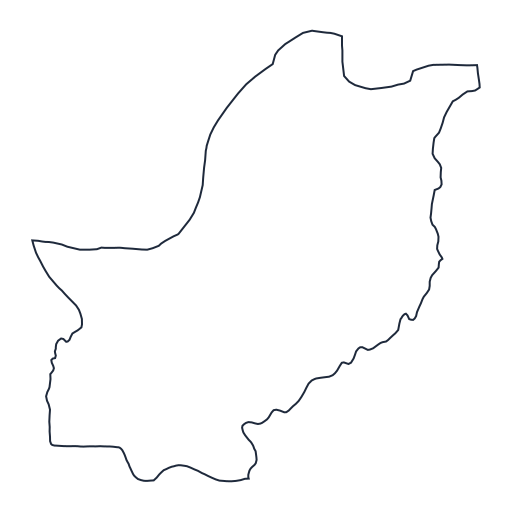 Srei Santhor, Kâmpóng Cham, Cambodia
{"feature_id": "14789045B31299536957784", "entity_name": "Srei Santhor", "entity_type": "district", "adm_level": 2, "iso_a3": "KHM", "parent_name": "Cambodia", "parent_adm1": "Kâmpóng Cham", "projection": "natural_earth1", "projection_center": [105.161, 11.842], "detail": "fine", "context": "isolated", "style": "outline", "palette": "slate", "viewbox_px": 512, "rotation_deg": 0, "n_neighbors": 0, "source": "geoboundaries", "source_scale": "gbopen_adm2", "svg_char_len": 4688}
<svg xmlns="http://www.w3.org/2000/svg" viewBox="0 0 512 512"><path d="M32.3,240.4L33.6,245.4L36.0,252.7L38.2,257.3L40.2,260.9L43.1,266.6L45.5,270.8L49.2,276.8L56.6,285.5L59.2,288.2L61.8,290.5L64.9,294.0L68.3,297.6L70.3,299.6L76.1,305.5L78.9,309.8L80.4,313.7L81.9,319.0L82.0,324.4L81.4,327.4L77.6,330.4L75.0,331.9L72.4,333.5L70.7,336.8L69.5,339.8L67.7,341.5L66.2,341.8L63.4,339.0L61.1,338.5L58.1,340.7L56.2,344.1L55.8,347.1L55.8,348.7L54.9,351.3L55.1,352.9L55.4,354.1L55.8,355.6L55.1,358.1L52.7,358.6L51.3,360.1L51.8,362.8L53.2,365.8L53.9,368.2L53.2,370.5L51.2,373.1L50.3,374.1L50.5,379.1L49.5,387.2L48.9,388.9L47.3,392.1L46.1,396.3L47.0,400.7L48.7,404.4L50.0,409.7L49.6,415.2L49.3,421.7L49.7,427.0L49.6,431.5L50.0,436.7L50.1,441.2L51.1,444.0L52.3,445.0L54.7,445.6L55.9,445.6L58.9,445.8L63.4,446.1L67.2,446.2L70.8,446.2L73.6,446.1L77.5,446.2L80.5,446.5L83.6,446.6L87.4,446.4L91.4,446.3L95.7,446.4L100.1,446.2L104.2,446.4L110.1,446.5L113.0,446.7L117.0,447.2L118.6,447.3L119.7,447.7L121.1,448.8L122.3,450.2L123.8,453.0L124.7,455.0L125.6,457.4L126.5,460.0L127.6,462.1L128.6,463.8L129.1,465.3L129.6,466.7L130.3,468.1L131.2,470.1L132.1,472.0L133.0,473.9L134.0,475.5L135.6,477.1L137.9,479.0L141.0,480.1L144.0,480.8L147.0,480.9L150.3,480.6L153.7,480.4L156.7,477.6L159.3,474.4L161.2,472.5L163.7,470.2L166.5,469.0L168.9,467.8L171.8,466.7L173.8,466.3L176.1,465.6L178.6,465.2L181.0,465.3L184.5,465.8L186.9,466.2L190.5,467.6L194.4,469.4L197.9,470.8L202.0,473.1L204.6,474.2L207.9,475.9L212.0,477.8L215.7,479.4L217.9,480.1L219.4,480.6L223.3,480.9L226.7,481.2L231.2,481.3L236.0,480.9L240.7,480.1L244.9,478.8L248.7,478.6L248.3,477.2L248.3,474.8L248.9,472.5L249.5,470.5L250.6,468.6L252.2,466.9L254.5,464.9L255.7,463.3L256.6,459.9L256.4,457.2L256.0,454.1L255.6,451.2L254.2,448.7L253.5,446.6L253.0,445.4L251.9,443.6L251.3,442.6L250.5,441.6L248.7,439.8L247.2,437.9L245.1,435.2L243.4,432.5L242.7,430.3L242.1,427.7L242.5,425.7L244.2,424.1L246.0,422.9L248.4,422.1L251.7,422.4L255.1,423.4L257.9,424.0L260.3,423.6L262.0,422.9L264.4,421.3L267.0,419.4L268.7,417.4L271.6,412.5L273.6,410.2L276.3,409.7L280.0,410.6L284.3,412.3L286.3,412.2L288.8,410.5L290.6,408.6L293.0,406.2L295.9,403.8L298.7,400.9L301.3,397.1L304.3,392.0L306.4,387.7L308.6,383.6L311.7,380.5L314.5,379.1L316.1,378.5L320.4,377.8L325.0,377.2L329.1,376.7L332.7,375.2L334.9,373.3L337.1,370.6L339.8,365.9L341.8,362.8L343.8,362.4L348.4,364.0L351.0,362.7L353.6,358.5L354.9,355.0L356.1,351.4L358.4,348.5L360.1,347.3L362.3,347.2L365.0,348.5L367.8,349.9L369.8,349.6L373.1,348.3L378.4,344.4L380.5,343.0L381.7,342.5L382.9,342.1L384.6,341.8L386.1,341.5L388.2,339.9L390.0,338.1L392.9,335.4L395.3,333.3L398.2,330.0L399.4,323.5L400.5,319.2L401.5,317.9L402.1,316.8L402.9,315.7L404.5,314.2L405.9,313.7L407.5,315.4L409.2,319.1L411.0,319.7L413.1,319.9L414.7,318.5L416.1,316.1L417.0,312.1L419.4,306.5L420.9,303.3L422.5,299.2L423.8,296.7L426.8,293.0L429.1,289.5L429.7,285.9L429.7,281.7L430.7,277.8L432.2,275.1L435.9,271.0L438.6,267.6L438.9,263.8L439.2,261.7L440.6,260.2L442.4,258.9L441.8,257.4L439.7,254.5L437.8,250.6L437.1,248.9L437.3,245.3L438.3,241.5L438.5,236.8L437.8,233.8L436.0,229.2L434.8,226.9L432.5,224.7L431.2,221.1L430.5,217.6L431.0,214.0L431.5,208.8L431.9,204.0L433.7,195.3L434.7,190.0L438.5,188.5L440.3,187.1L441.6,184.4L441.4,180.7L440.6,177.4L440.8,172.1L441.2,167.9L439.8,164.3L437.9,161.9L434.7,158.3L432.6,153.8L432.9,148.7L433.6,142.5L434.3,138.1L435.4,136.7L439.0,132.7L440.7,128.5L442.6,122.9L444.1,117.3L446.7,111.9L452.8,101.3L455.7,99.8L458.8,97.8L462.7,94.5L467.4,91.4L471.9,91.1L475.1,90.5L477.3,89.1L479.7,87.5L479.5,84.0L479.0,80.4L477.9,73.1L477.4,67.8L477.0,65.1L474.8,65.2L470.4,65.3L465.6,65.3L459.7,65.1L449.2,64.6L443.6,64.7L437.3,64.8L433.1,64.9L428.6,65.7L416.6,69.6L413.1,71.1L410.2,80.7L404.0,83.6L398.1,84.6L391.5,86.6L381.4,88.0L370.9,89.2L365.5,88.2L355.1,85.1L349.1,81.6L344.1,76.0L342.4,61.7L342.4,50.5L342.0,45.6L342.0,36.3L334.3,33.7L330.3,32.9L326.9,32.7L322.7,32.2L313.2,30.9L312.1,30.7L303.0,32.9L295.5,37.5L285.2,44.1L278.2,50.4L275.2,54.8L272.7,64.1L266.4,68.4L265.4,69.1L255.2,76.6L246.2,84.3L238.3,93.2L236.3,95.7L226.8,107.8L218.0,120.4L213.8,127.3L210.3,134.5L208.0,141.6L206.7,145.8L206.4,148.1L205.8,150.7L205.1,160.3L204.1,167.6L203.2,177.6L202.7,185.1L199.9,197.2L198.1,202.4L195.8,207.9L193.9,212.8L189.6,219.8L183.0,228.2L178.6,233.8L177.7,234.5L173.6,236.3L169.2,238.7L165.2,240.9L161.1,243.6L158.8,245.8L152.7,248.2L147.2,249.7L141.7,249.5L132.4,248.7L124.5,248.2L122.0,247.9L119.5,247.7L112.9,247.9L105.1,247.9L101.4,247.6L96.9,249.2L89.1,249.7L80.0,249.7L67.3,246.7L61.8,244.5L57.3,243.5L53.3,242.6L48.9,242.0L45.3,241.9L42.1,241.5L38.2,240.8L32.3,240.4Z" fill="none" stroke="#1e293b" stroke-width="2"/></svg>